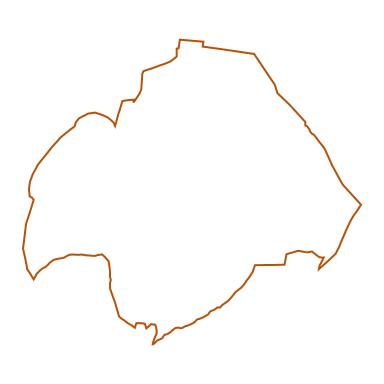 outline of Aquila, Veracruz, Mexico
{"feature_id": "50627088B95158352021258", "entity_name": "Aquila", "entity_type": "district", "adm_level": 2, "iso_a3": "MEX", "parent_name": "Mexico", "parent_adm1": "Veracruz", "projection": "robinson", "projection_center": [-97.327, 18.788], "detail": "fine", "context": "isolated", "style": "outline", "palette": "amber", "viewbox_px": 384, "rotation_deg": 0, "n_neighbors": 0, "source": "geoboundaries", "source_scale": "gbopen_adm2", "svg_char_len": 3456}
<svg xmlns="http://www.w3.org/2000/svg" viewBox="0 0 384 384"><path d="M176.7,48.6L176.7,56.5L175.5,57.6L174.2,58.6L171.5,60.6L170.3,61.5L167.5,62.7L164.4,63.9L162.1,64.7L159.1,65.7L153.0,68.0L149.4,69.2L145.5,70.4L143.3,71.3L142.3,73.9L142.2,75.6L142.0,79.3L141.9,80.0L141.5,86.3L141.2,89.8L140.2,92.0L139.6,93.3L137.3,97.0L133.4,102.6L133.5,101.8L133.7,100.7L133.8,99.7L130.5,99.9L126.2,100.4L122.3,101.1L120.0,109.2L119.8,109.8L118.2,114.5L115.1,126.0L113.5,122.4L108.1,117.7L107.9,117.6L103.1,115.3L96.3,113.0L95.3,112.6L88.2,113.6L79.0,118.3L75.8,122.4L74.6,126.4L71.1,129.0L61.1,137.0L52.4,146.6L49.2,150.6L43.7,157.5L38.1,164.4L32.7,174.4L29.9,182.0L29.7,183.3L29.0,189.3L29.7,196.5L31.7,197.4L33.7,199.8L29.3,214.0L26.2,223.5L26.1,223.9L25.4,229.5L24.8,234.2L24.2,239.5L23.6,244.2L23.0,248.4L23.4,250.2L24.8,256.5L26.0,262.2L26.5,264.7L26.8,266.7L27.0,268.8L29.2,272.2L29.6,272.7L33.7,279.4L35.5,276.2L36.6,273.9L38.3,272.2L38.9,271.6L40.0,270.4L41.2,269.5L41.9,268.9L43.1,268.0L44.4,267.7L46.4,266.2L48.1,264.7L49.2,263.2L49.9,262.7L53.3,260.1L56.1,259.1L59.8,258.5L64.0,257.7L67.6,255.6L69.6,254.8L72.4,254.5L75.9,254.7L79.0,254.8L81.1,254.5L82.5,254.7L83.1,254.8L86.1,255.3L89.5,255.5L92.3,255.8L94.8,255.9L98.1,255.0L101.5,254.5L102.0,254.4L104.4,256.5L105.3,257.4L106.7,259.2L108.2,260.8L108.6,261.2L109.3,265.6L109.7,268.8L109.9,270.7L110.1,273.1L109.9,276.5L110.8,280.0L110.0,283.2L110.1,288.1L110.1,288.6L113.1,297.3L114.9,302.0L117.9,312.3L119.1,316.6L121.6,318.7L124.2,320.3L125.7,321.5L128.1,323.4L129.0,323.9L131.6,325.3L134.8,327.8L136.4,323.2L139.6,323.1L144.9,323.7L145.2,324.7L146.3,328.4L146.9,327.9L150.0,325.2L151.0,324.2L155.2,324.7L156.0,326.8L156.2,327.4L156.3,328.3L156.5,330.0L156.7,331.5L156.4,334.1L154.7,337.8L153.5,341.3L153.2,342.0L152.7,344.3L153.1,344.3L154.8,343.0L156.6,341.1L156.9,340.7L157.6,340.3L160.3,339.2L161.9,338.4L162.7,337.7L163.0,337.0L163.6,336.0L164.6,334.8L165.4,334.7L168.1,333.7L169.7,332.7L173.3,329.6L174.3,328.8L174.8,328.5L175.2,328.2L176.2,327.9L176.6,327.8L178.2,327.6L179.8,328.0L180.2,328.1L180.8,328.2L181.9,328.1L185.5,326.1L187.1,325.8L191.9,323.7L193.0,323.2L194.5,322.2L197.0,319.6L198.0,319.1L199.2,319.0L199.7,318.8L200.8,318.3L203.3,317.2L204.6,316.6L206.5,315.4L208.2,314.4L209.5,312.3L210.4,311.3L214.3,309.8L217.7,307.3L220.1,307.6L222.1,305.2L225.4,302.8L227.9,301.1L230.6,298.3L232.6,295.8L235.7,291.9L239.6,288.9L241.3,287.6L243.4,285.2L244.6,283.9L246.3,281.0L249.4,277.1L249.8,276.5L252.7,271.8L255.0,265.2L262.4,265.1L265.3,265.0L268.0,265.0L271.0,265.0L275.3,264.9L284.5,264.7L286.5,254.2L287.2,254.0L296.9,251.2L297.9,250.9L298.5,250.8L304.0,251.9L307.5,252.4L309.0,252.1L311.9,251.5L314.9,253.9L315.1,254.0L316.0,254.7L319.3,257.2L322.1,257.6L323.7,257.5L322.0,261.1L319.5,265.7L318.9,269.1L326.5,262.4L331.4,257.8L332.6,256.7L335.6,253.8L339.1,247.0L340.9,242.4L344.7,233.6L346.1,230.2L347.7,226.9L349.7,222.6L350.2,221.6L351.9,218.5L353.3,216.0L354.6,214.2L357.0,211.0L361.0,204.7L343.8,185.8L342.5,184.3L333.8,168.4L332.3,165.8L328.5,157.2L328.0,156.1L324.7,148.8L321.8,145.0L320.6,143.5L317.3,139.2L314.9,136.0L314.2,135.1L311.4,133.3L310.7,132.2L309.7,130.9L309.6,129.9L309.5,129.3L307.1,126.4L305.9,125.7L305.3,125.5L305.3,122.0L304.7,121.2L303.8,120.3L294.2,109.8L289.3,104.5L282.9,98.4L277.5,93.2L274.7,84.6L267.2,73.5L254.2,54.0L219.0,48.8L202.7,46.6L203.4,41.7L200.9,41.5L179.8,39.7L178.6,48.3L176.7,48.6Z" fill="none" stroke="#b45309" stroke-width="2"/></svg>